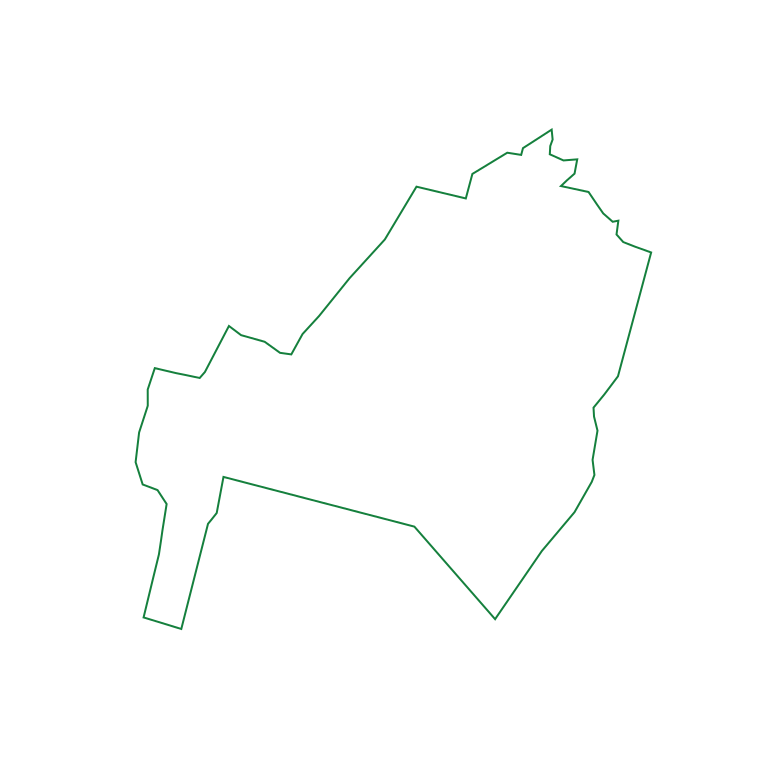 Yoloten, Mary, Turkmenistan (Mercator projection), rotated 105°
{"feature_id": "10190150B71181095534415", "entity_name": "Yoloten", "entity_type": "district", "adm_level": 2, "iso_a3": "TKM", "parent_name": "Turkmenistan", "parent_adm1": "Mary", "projection": "mercator", "projection_center": [63.056, 37.187], "detail": "fine", "context": "isolated", "style": "outline", "palette": "green", "viewbox_px": 768, "rotation_deg": 105, "n_neighbors": 0, "source": "geoboundaries", "source_scale": "gbopen_adm2", "svg_char_len": 1112}
<svg xmlns="http://www.w3.org/2000/svg" viewBox="0 0 768 768"><g transform="rotate(105 384 384)"><path d="M458.5,166.8L424.8,158.0L417.4,157.2L403.3,162.9L373.8,165.7L361.1,172.7L352.6,175.5L337.1,168.5L316.0,160.0L282.9,160.0L246.3,160.0L211.1,160.0L187.8,160.0L186.4,176.9L185.0,189.6L179.4,198.1L165.6,199.9L168.1,205.1L162.5,216.4L155.4,224.8L145.6,236.1L147.0,264.3L139.9,260.0L131.5,254.4L117.0,255.5L121.6,268.5L119.2,283.3L111.1,285.0L104.2,284.4L95.7,287.6L94.9,287.9L120.2,310.8L127.2,310.8L128.7,324.8L158.2,353.0L183.6,353.0L185.0,403.7L244.2,420.6L290.6,444.6L335.1,464.3L356.8,475.6L379.4,481.2L380.8,492.5L374.1,510.2L373.8,534.7L368.1,548.8L418.8,560.1L425.9,563.6L426.7,578.4L427.3,587.5L428.0,609.5L450.5,610.8L466.0,606.6L467.4,606.6L494.2,608.0L523.8,603.7L543.5,591.1L545.1,575.3L556.2,562.9L582.9,560.1L592.7,558.9L606.9,557.3L616.1,557.1L629.8,556.8L630.1,556.8L671.7,555.8L671.7,555.7L673.1,516.4L564.6,517.8L559.3,515.4L551.9,512.2L515.3,515.0L514.7,429.9L513.9,317.8L514.2,317.3L582.4,215.8L580.3,215.1L504.4,188.3L458.5,166.8Z" fill="none" stroke="#15803d" stroke-width="2"/></g></svg>